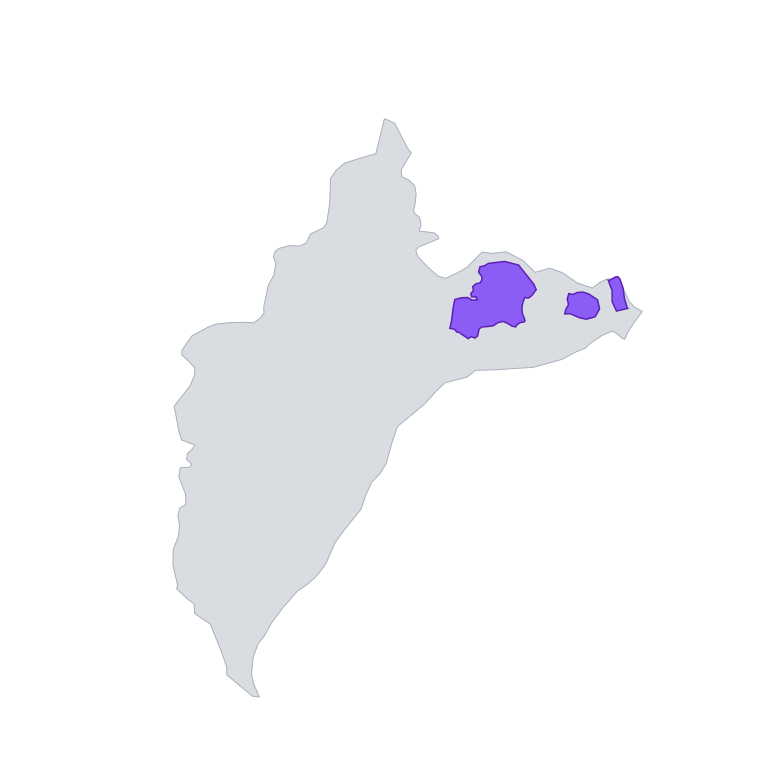 location of Comrat within Moldova, rotated 249°
{"feature_id": "MDA-1626", "entity_name": "Comrat", "entity_type": "Autonomous Territory", "adm_level": 1, "iso_a3": "MDA", "parent_name": "Moldova", "parent_adm1": "", "projection": "robinson", "projection_center": [28.549, 46.002], "detail": "fine", "context": "in_parent", "style": "filled", "palette": "violet", "viewbox_px": 768, "rotation_deg": 249, "n_neighbors": 0, "source": "natural_earth", "source_scale": "10m", "svg_char_len": 3115}
<svg xmlns="http://www.w3.org/2000/svg" viewBox="0 0 768 768"><g transform="rotate(249 384 384)"><path d="M136.6,155.4L139.6,149.4L168.7,133.0L176.2,135.7L191.3,136.3L222.1,135.8L237.4,125.0L246.7,128.0L254.4,123.1L267.1,117.0L269.0,118.3L270.6,119.3L290.3,122.0L305.0,127.9L314.9,136.9L325.0,142.5L335.6,144.6L341.4,149.1L342.5,155.9L352.4,159.3L370.9,159.2L378.8,163.7L375.9,172.8L377.8,175.8L384.4,172.7L389.4,175.4L392.1,182.1L395.0,185.3L404.5,174.8L414.5,175.8L438.6,180.2L451.6,202.0L459.6,209.9L466.7,213.1L475.6,209.7L483.5,205.6L488.0,207.5L497.8,222.0L500.2,241.0L500.1,248.6L496.7,261.5L491.8,275.2L487.9,284.1L489.6,291.3L493.1,297.3L498.9,299.3L517.7,311.4L524.7,319.8L534.9,326.1L542.7,326.4L546.7,329.9L548.2,334.1L547.2,344.9L542.9,355.1L543.5,361.6L550.4,369.3L551.1,378.2L551.6,384.0L555.3,388.5L572.6,398.3L595.0,407.8L600.8,416.0L604.3,426.4L603.3,443.8L602.0,459.0L631.4,479.4L628.1,483.2L623.6,487.4L595.6,490.5L589.9,492.2L577.7,476.8L571.2,474.9L565.3,480.5L558.3,483.7L549.8,482.1L540.7,477.4L536.1,474.0L532.4,473.6L526.7,477.0L519.2,475.5L514.2,471.7L507.2,484.8L502.8,487.6L500.1,487.1L499.5,465.0L497.4,461.6L491.7,461.1L478.1,466.4L465.1,473.2L460.7,479.2L461.2,490.2L463.1,503.2L472.0,522.9L467.2,531.5L463.8,545.2L449.8,557.8L434.1,565.1L432.7,580.2L424.0,590.4L409.0,600.7L398.9,613.0L401.4,621.5L402.1,629.5L400.3,634.9L399.9,639.1L396.0,641.0L373.0,642.5L366.5,645.1L359.1,651.0L351.9,639.8L344.8,630.0L339.5,624.8L341.7,622.4L347.5,619.6L351.6,616.3L351.1,604.7L348.1,591.3L345.4,584.8L345.1,574.7L343.2,558.9L346.0,529.6L357.5,492.7L363.9,474.5L360.8,464.4L363.2,441.0L358.3,429.5L350.6,414.3L339.6,381.5L325.9,370.0L308.9,357.5L301.7,348.0L296.9,337.5L286.8,327.1L275.3,317.6L261.5,293.8L254.4,283.0L252.2,280.1L236.5,264.8L228.3,251.0L224.2,239.7L221.8,229.2L210.9,208.5L201.0,192.9L191.5,181.8L187.1,173.9L176.0,164.0L160.2,156.2L149.9,154.8L136.6,155.4Z" fill="#d9dde1" stroke="#a8b0b8" stroke-width="1"/><path d="M412.3,465.4L418.6,469.6L431.5,476.5L437.5,480.4L436.8,487.1L434.7,493.2L430.7,496.2L429.2,501.2L432.2,501.3L433.9,497.0L437.2,497.4L439.2,500.9L443.2,501.8L444.7,505.9L444.2,508.0L444.0,510.1L446.2,512.7L449.2,513.8L454.6,512.4L459.0,515.5L458.4,520.4L459.2,524.7L455.2,540.5L446.8,552.3L423.3,559.7L417.5,559.9L413.9,554.2L412.9,551.9L412.5,549.4L414.4,546.5L410.2,542.7L405.0,539.7L399.7,538.4L394.2,538.5L392.6,538.4L391.7,537.0L392.5,533.5L392.0,530.2L390.1,527.3L392.1,524.3L396.2,521.2L399.9,517.3L400.4,512.3L399.2,507.0L400.4,501.6L402.0,496.5L401.6,492.7L395.2,488.5L394.3,485.3L396.9,482.5L396.2,478.8L405.7,472.2L406.6,470.3L408.6,470.1L410.8,468.3L412.3,465.4ZM386.0,613.6L376.9,612.2L371.1,605.2L371.9,596.3L375.3,590.8L383.0,582.9L384.7,577.8L388.7,580.6L391.9,584.7L397.6,585.5L402.2,588.9L399.9,592.3L400.2,597.4L398.3,603.1L394.4,607.6L386.0,613.6ZM400.6,630.6L399.8,631.9L399.8,632.3L400.1,632.6L401.0,638.6L400.4,640.7L397.4,641.9L388.2,641.6L377.5,639.1L367.4,638.4L367.3,638.5L367.3,638.4L367.5,636.6L368.8,627.2L379.0,626.5L389.5,630.4L400.3,630.5L400.5,630.6L400.6,630.6Z" fill="#8b5cf6" stroke="#5b21b6" stroke-width="1.5"/></g></svg>